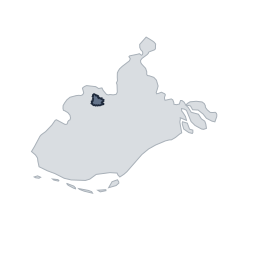 location of Bronckhorst, Gelderland, Netherlands, rotated 209°
{"feature_id": "6326949B84146286859496", "entity_name": "Bronckhorst", "entity_type": "district", "adm_level": 2, "iso_a3": "NLD", "parent_name": "Netherlands", "parent_adm1": "Gelderland", "projection": "albers", "projection_center": [6.301, 52.053], "detail": "fine", "context": "in_parent", "style": "filled", "palette": "slate", "viewbox_px": 256, "rotation_deg": 209, "n_neighbors": 0, "source": "geoboundaries", "source_scale": "gbopen_adm2", "svg_char_len": 5568}
<svg xmlns="http://www.w3.org/2000/svg" viewBox="0 0 256 256"><g transform="rotate(209 128 128)"><path d="M156.2,216.3L152.2,216.2L148.5,216.0L146.6,215.7L144.5,214.8L144.5,214.7L143.6,212.8L142.4,210.5L142.8,209.1L146.2,205.1L146.8,204.0L146.4,203.4L146.8,201.6L149.5,195.6L149.8,193.2L148.7,191.5L147.0,190.5L141.5,188.7L138.8,186.2L137.7,184.0L136.4,183.3L134.6,184.0L130.0,184.8L126.3,183.6L122.0,179.3L121.1,175.6L120.6,172.8L119.5,171.8L118.0,173.2L116.1,175.5L112.4,175.7L111.4,175.1L111.2,173.8L111.0,172.6L110.1,171.1L109.0,170.2L104.2,174.4L102.5,174.3L100.4,172.6L99.3,171.0L96.9,171.9L94.7,173.8L95.4,177.5L94.2,178.2L91.5,177.8L88.6,176.1L85.2,175.1L80.3,172.4L73.1,174.2L68.3,171.6L64.2,171.2L61.8,169.1L59.2,165.7L61.2,163.5L63.1,162.8L70.5,162.7L75.9,164.2L85.4,171.8L87.9,171.8L90.6,171.0L89.3,168.9L86.9,167.9L83.3,165.9L80.5,163.0L87.3,162.3L86.4,160.9L85.6,158.4L78.7,149.8L80.0,147.5L81.9,142.7L84.3,138.7L86.1,137.6L89.1,134.8L95.6,126.5L99.8,119.7L103.0,111.6L107.8,89.2L109.2,85.4L111.4,81.2L114.0,82.0L115.7,83.3L122.2,80.2L133.3,72.0L136.6,64.8L139.8,61.5L152.4,55.1L159.4,53.1L170.0,52.7L177.7,51.5L187.0,51.0L190.5,55.0L192.6,57.9L195.9,59.6L201.0,60.6L200.8,66.5L201.0,78.0L200.6,80.0L198.3,84.9L196.0,93.7L195.4,99.4L194.6,100.5L184.8,100.6L183.4,101.6L183.2,102.8L183.7,104.3L183.5,105.8L182.7,107.0L183.1,108.9L184.9,111.0L188.0,112.3L191.4,112.4L193.1,112.2L194.4,113.7L195.6,116.1L195.6,119.1L195.1,123.1L193.6,126.8L189.0,131.2L186.9,132.7L185.0,133.5L184.1,134.6L183.7,136.0L183.8,137.3L187.1,140.7L187.0,141.5L186.1,143.3L184.8,145.0L176.3,148.5L172.8,148.3L170.8,150.0L170.2,150.4L167.9,148.8L163.0,146.9L161.1,147.5L160.1,148.5L157.0,149.8L154.7,151.7L154.7,154.1L158.6,160.6L160.0,161.8L160.1,164.2L162.0,167.2L164.0,171.0L164.2,173.4L164.0,175.8L162.9,179.2L159.4,187.2L159.4,188.8L159.7,189.9L160.9,190.3L161.8,190.9L161.5,191.9L155.0,197.5L154.1,198.5L151.4,198.2L151.0,199.1L151.3,200.6L152.4,201.9L154.7,202.6L156.7,204.1L158.3,206.8L156.2,216.3ZM88.6,176.1L87.9,178.4L86.4,181.0L81.2,184.5L75.8,186.7L73.1,186.3L71.2,185.0L70.3,183.6L67.5,182.3L63.6,181.5L61.1,182.8L59.3,184.0L57.8,183.7L56.7,182.6L55.9,180.9L55.0,175.5L57.9,174.7L64.2,174.5L69.0,176.6L75.4,177.7L80.3,175.3L84.1,177.6L88.6,176.1ZM78.7,154.1L82.3,157.6L83.0,158.7L83.3,159.9L78.5,161.0L73.6,156.8L70.3,157.6L69.1,155.6L69.1,154.4L72.6,153.5L78.7,154.1ZM115.9,73.3L112.1,77.6L109.9,76.3L109.3,75.3L110.5,71.9L116.0,66.4L115.9,73.3ZM132.4,54.2L128.9,54.7L127.4,53.8L135.7,51.5L140.9,50.8L141.8,51.1L132.4,54.2ZM154.5,49.9L147.3,50.9L144.8,50.1L144.4,49.4L146.4,49.0L152.6,48.9L154.5,49.6L154.5,49.9ZM124.3,58.9L117.5,63.3L116.9,62.5L121.3,58.7L124.3,58.9ZM183.9,42.3L180.5,42.6L181.5,40.9L184.6,39.7L186.3,39.7L183.9,42.3ZM169.3,46.8L164.2,48.9L162.9,48.4L163.2,47.8L167.7,46.5L169.3,46.8Z" fill="#d9dde1" stroke="#a8b0b8" stroke-width="1"/><path d="M161.9,135.9L161.8,136.1L161.7,136.1L161.3,136.4L161.2,136.5L160.9,136.8L160.9,137.0L161.0,137.2L161.0,137.3L161.4,137.5L161.6,137.5L161.8,137.5L162.0,137.4L162.2,137.1L162.3,137.1L162.5,137.0L162.7,137.3L162.8,137.3L163.0,137.3L163.2,137.2L163.4,137.2L163.4,137.4L163.3,137.6L163.4,137.8L163.3,138.0L163.4,138.3L163.3,138.5L163.2,138.6L162.9,138.5L162.8,138.8L162.8,139.2L162.7,139.2L162.5,139.4L162.7,139.5L162.9,139.6L162.7,139.8L162.8,139.9L162.8,140.0L162.8,140.6L162.8,140.8L163.1,140.8L163.5,140.9L163.8,140.9L164.5,140.8L164.8,140.9L165.0,140.9L165.3,141.0L165.5,140.9L165.4,140.9L165.5,140.7L165.4,140.7L165.2,140.6L165.3,140.3L165.5,140.4L165.6,140.5L165.8,140.8L166.0,140.8L165.9,140.9L165.9,141.0L166.0,140.9L166.0,141.0L166.3,140.9L166.4,140.7L166.1,140.6L166.2,140.4L166.3,140.4L166.5,140.4L166.6,140.5L166.8,140.6L167.0,140.6L167.3,140.5L167.8,140.0L167.9,140.3L168.0,140.2L168.3,140.0L168.5,140.0L168.8,139.9L168.9,140.0L169.1,140.1L169.4,140.5L169.2,140.8L169.1,141.0L169.5,141.1L170.1,141.1L170.7,141.0L170.6,141.3L170.5,141.5L170.8,141.4L170.9,141.5L171.0,141.5L171.3,141.6L171.5,141.5L171.5,141.4L171.4,141.3L171.5,141.3L171.4,141.3L171.4,141.2L171.1,141.0L171.5,140.8L171.8,140.8L171.9,140.7L172.5,141.3L172.8,141.3L173.0,141.3L173.3,141.3L173.5,141.4L173.8,141.3L174.0,141.3L174.0,141.2L174.4,141.0L174.4,140.9L174.4,140.7L174.6,140.6L174.7,140.3L174.1,139.9L174.1,139.7L174.4,139.5L174.2,139.3L174.1,139.2L174.3,139.1L174.2,139.0L174.2,138.9L174.1,138.7L174.1,138.4L174.2,138.2L173.3,138.0L173.2,138.0L173.3,138.0L173.3,137.9L173.2,137.7L173.1,137.4L173.0,137.2L172.9,137.1L172.9,136.9L172.8,137.0L172.7,136.9L172.8,136.8L172.7,136.7L172.4,136.5L172.4,136.4L172.3,136.2L172.3,135.7L172.2,135.6L172.1,134.9L171.9,134.7L172.0,134.6L171.9,134.6L171.9,134.4L171.9,134.2L172.0,134.1L172.3,134.1L172.5,134.0L172.5,133.9L172.7,133.7L172.5,133.4L171.5,132.6L171.7,132.4L171.8,132.4L171.7,132.3L171.5,132.0L171.7,131.6L171.3,131.6L171.2,131.7L171.2,131.8L170.8,131.9L170.7,132.0L170.5,131.9L170.4,131.8L170.2,131.6L170.2,131.3L169.1,131.1L168.3,131.6L168.1,131.6L167.8,131.7L167.8,131.8L167.7,131.8L167.8,131.9L167.6,131.9L167.5,132.0L167.4,132.0L167.2,132.1L167.1,132.3L167.0,132.6L166.9,132.7L166.6,132.8L166.4,132.8L166.2,132.8L166.0,132.7L165.9,132.7L165.7,132.6L165.5,132.8L165.3,132.9L165.3,133.0L165.2,133.0L165.2,133.3L165.0,133.6L165.0,133.8L165.0,134.0L165.0,133.9L164.9,133.9L165.0,133.7L164.9,133.7L164.9,133.8L164.7,133.9L164.4,133.8L164.2,133.8L163.9,134.0L163.7,134.0L163.4,134.0L163.3,134.3L163.2,134.7L163.1,134.9L163.0,135.0L162.8,135.0L162.7,135.3L162.4,135.4L162.4,135.6L162.2,135.7L162.1,135.8L161.9,135.9Z" fill="#64748b" stroke="#1e293b" stroke-width="1.5"/></g></svg>